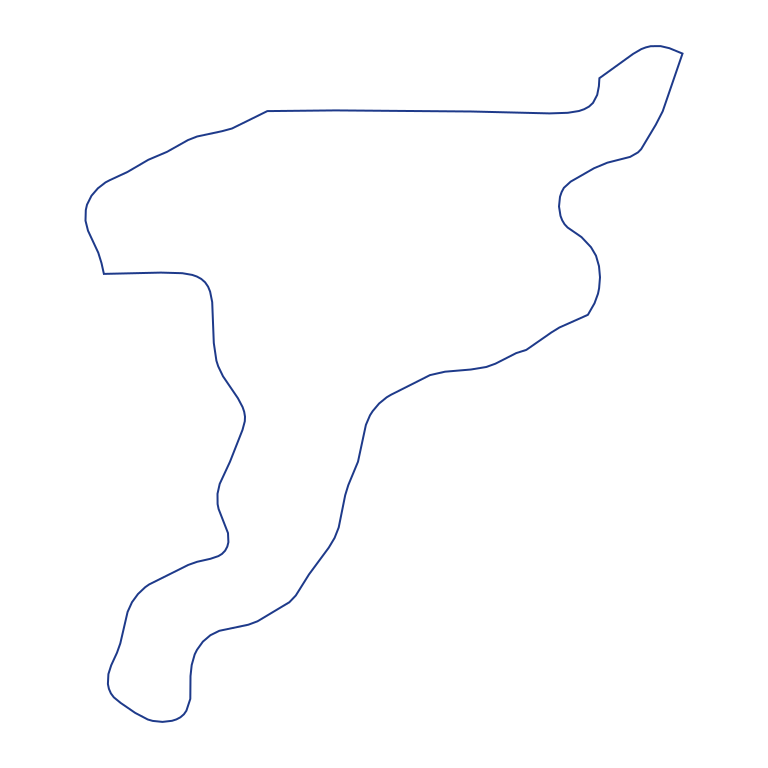 outline of El Peñón, Barahona, Dominican Republic
{"feature_id": "3306468B33115506281893", "entity_name": "El Peñón", "entity_type": "district", "adm_level": 2, "iso_a3": "DOM", "parent_name": "Dominican Republic", "parent_adm1": "Barahona", "projection": "robinson", "projection_center": [-71.192, 18.291], "detail": "fine", "context": "isolated", "style": "outline", "palette": "blue", "viewbox_px": 768, "rotation_deg": 0, "n_neighbors": 0, "source": "geoboundaries", "source_scale": "gbopen_adm2", "svg_char_len": 1946}
<svg xmlns="http://www.w3.org/2000/svg" viewBox="0 0 768 768"><path d="M267.3,111.1L232.0,128.5L222.0,131.2L197.1,136.5L187.9,140.1L166.9,151.9L148.3,159.8L127.4,172.0L109.9,180.1L105.5,182.4L97.9,188.3L91.5,195.7L87.0,204.7L85.8,210.0L85.5,220.7L88.0,230.7L98.3,252.8L101.5,263.1L103.9,273.9L160.9,272.6L182.3,273.2L192.2,274.9L196.8,276.5L201.2,278.9L205.1,282.3L208.1,286.7L210.1,291.6L212.2,302.1L213.8,343.0L216.4,360.7L218.2,366.3L223.0,376.3L237.9,398.2L242.6,407.1L244.2,411.8L245.0,416.7L244.8,421.3L242.5,429.9L230.0,461.7L219.7,483.9L217.5,493.8L217.6,504.1L218.6,509.0L228.0,533.1L228.4,542.2L227.3,546.6L225.1,550.7L222.0,553.9L218.4,556.1L210.4,558.8L197.1,561.8L188.3,564.9L149.2,584.4L145.2,587.2L138.0,594.0L132.0,602.2L127.6,611.9L120.3,643.4L117.0,652.7L111.2,665.3L108.4,674.1L107.9,684.0L108.9,688.8L110.9,693.4L113.8,697.3L120.6,702.9L135.2,712.9L147.8,719.5L152.7,720.9L162.5,721.9L172.0,720.8L176.4,719.4L180.4,717.3L183.9,714.3L186.4,710.7L190.3,698.9L190.5,676.1L191.7,665.0L194.7,654.4L197.0,649.8L202.9,641.6L210.4,635.2L219.3,630.8L248.4,624.7L257.5,621.3L289.4,602.2L295.8,595.5L309.0,574.4L328.8,547.6L334.6,537.9L338.7,527.5L345.2,495.2L348.3,485.1L358.0,461.7L365.9,424.9L370.0,415.3L372.7,411.1L379.1,403.5L386.7,397.3L391.1,394.7L430.0,375.1L445.0,371.7L471.0,369.5L486.2,367.0L495.4,363.7L516.2,353.1L526.3,349.9L551.3,332.5L559.4,327.5L587.9,314.8L594.5,303.3L598.0,293.7L599.1,288.3L600.0,277.3L599.0,266.2L596.0,255.7L591.0,247.2L581.5,237.1L567.6,227.5L564.6,224.3L562.2,220.3L560.5,215.9L559.0,206.5L560.0,196.8L561.6,192.1L563.9,187.8L570.7,181.6L594.1,168.2L607.3,162.7L630.1,156.9L638.0,152.4L641.2,149.1L655.8,124.7L662.7,111.3L682.5,53.6L669.4,48.2L660.5,46.1L650.7,46.2L645.8,47.4L641.3,49.1L633.1,53.9L599.4,78.2L598.9,86.2L597.2,94.9L593.0,102.9L589.0,106.6L584.2,109.2L579.0,111.0L567.8,112.8L549.5,113.4L471.5,111.5L335.6,110.4L267.3,111.1Z" fill="none" stroke="#1e3a8a" stroke-width="2"/></svg>